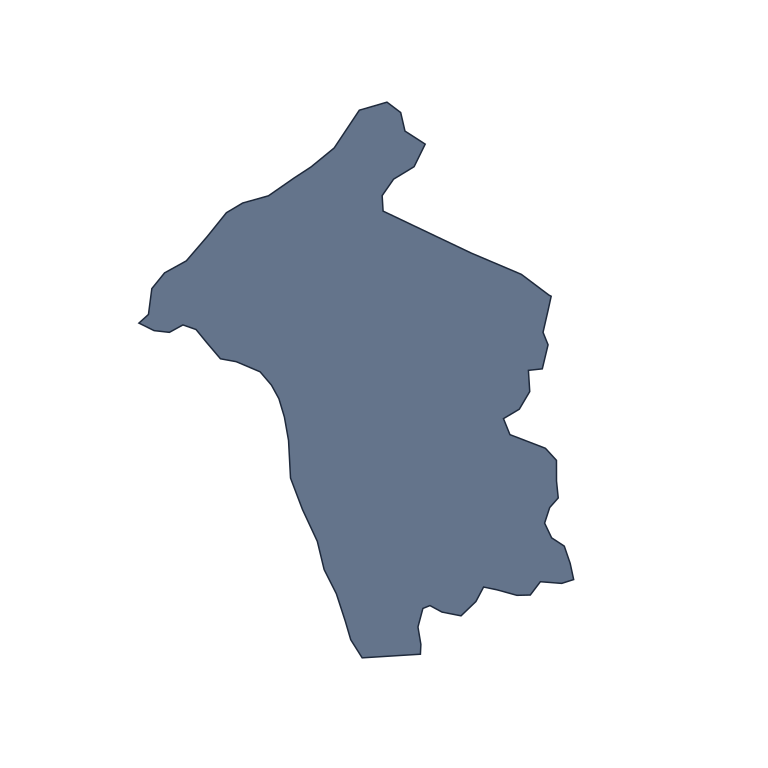 outline of Karlskrona, Blekinge, Sweden, rotated 203°
{"feature_id": "70781695B53871800350845", "entity_name": "Karlskrona", "entity_type": "district", "adm_level": 2, "iso_a3": "SWE", "parent_name": "Sweden", "parent_adm1": "Blekinge", "projection": "mercator", "projection_center": [15.674, 56.309], "detail": "fine", "context": "isolated", "style": "filled", "palette": "slate", "viewbox_px": 768, "rotation_deg": 203, "n_neighbors": 0, "source": "geoboundaries", "source_scale": "gbopen_adm2", "svg_char_len": 1155}
<svg xmlns="http://www.w3.org/2000/svg" viewBox="0 0 768 768"><g transform="rotate(203 384 384)"><path d="M264.4,530.1L267.0,530.3L300.4,538.6L354.8,538.6L420.3,541.4L452.4,542.8L459.3,556.7L455.2,576.3L441.2,595.8L439.8,620.9L463.5,625.0L474.7,640.4L491.4,644.6L513.7,626.4L522.1,581.8L536.0,555.3L547.2,538.6L563.9,512.1L584.8,495.4L596.0,480.1L604.3,450.8L614.1,420.1L629.4,400.6L635.0,381.1L628.0,356.0L633.4,344.3L616.5,343.3L601.7,347.7L592.2,359.8L578.3,360.7L563.5,352.9L544.4,343.3L528.8,346.8L502.8,346.8L487.2,339.0L475.0,329.4L462.8,314.7L449.8,294.7L433.3,260.9L409.9,236.5L383.9,213.1L367.2,190.6L366.5,189.7L345.9,172.3L327.0,150.6L314.7,135.6L297.1,123.4L278.1,132.9L244.9,149.5L248.3,158.7L257.8,173.6L260.5,192.6L255.1,198.0L241.5,196.7L222.5,200.7L214.4,219.7L213.0,236.0L199.5,238.7L179.1,241.4L166.9,246.9L162.8,263.1L142.5,269.9L133.0,278.1L142.5,291.6L154.7,305.2L169.6,307.9L181.8,318.7L183.2,335.0L179.1,347.2L187.3,362.1L195.4,381.1L210.3,387.9L248.3,386.6L260.5,398.8L249.6,413.7L246.9,434.0L256.4,453.0L244.2,459.8L248.3,484.2L257.8,493.7L261.9,516.8L264.4,530.1Z" fill="#64748b" stroke="#1e293b" stroke-width="1.5"/></g></svg>